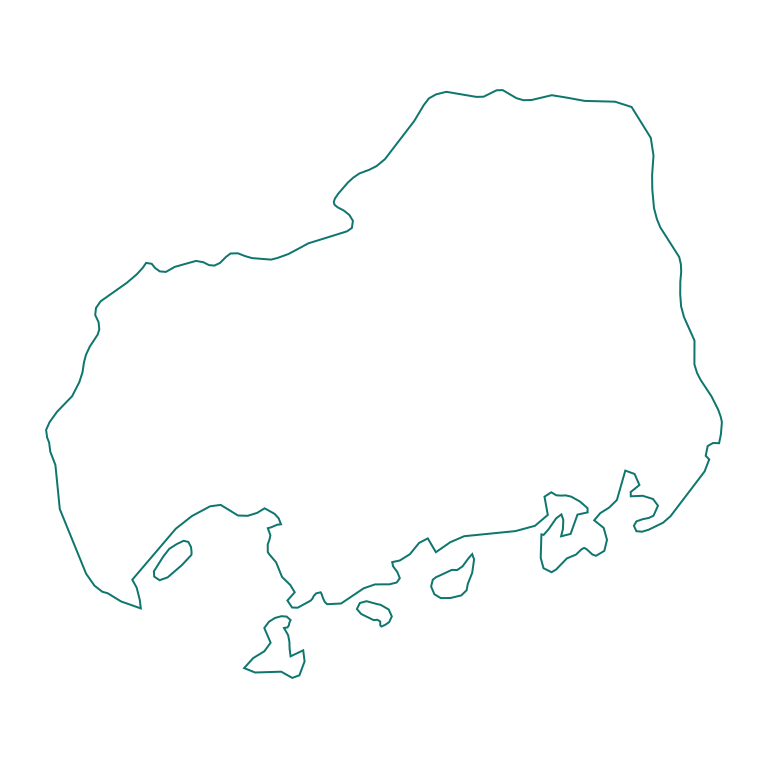 map outline of Hiroshima (orthographic projection)
{"feature_id": "JPN-1821", "entity_name": "Hiroshima", "entity_type": "Prefecture", "adm_level": 1, "iso_a3": "JPN", "parent_name": "Japan", "parent_adm1": "", "projection": "orthographic", "projection_center": [132.763, 34.576], "detail": "fine", "context": "isolated", "style": "outline", "palette": "teal", "viewbox_px": 768, "rotation_deg": 0, "n_neighbors": 0, "source": "natural_earth", "source_scale": "10m", "svg_char_len": 3688}
<svg xmlns="http://www.w3.org/2000/svg" viewBox="0 0 768 768"><path d="M719.1,443.2L713.0,443.0L707.7,446.0L705.7,455.8L709.2,459.4L704.6,471.4L670.6,516.1L663.1,522.7L648.7,529.7L642.1,531.7L636.4,531.2L633.9,525.8L636.4,521.4L642.3,519.3L648.9,517.9L653.5,515.7L658.0,505.7L653.0,499.0L642.7,495.8L630.8,496.3L630.7,492.0L639.4,485.0L634.6,474.0L625.3,470.6L616.9,500.0L609.1,507.6L600.3,513.1L594.2,520.3L603.7,527.9L607.0,539.8L604.3,550.9L596.0,555.8L592.4,554.5L586.4,549.0L584.1,547.9L581.5,549.3L576.0,554.6L566.9,558.4L556.1,569.5L551.6,572.2L543.5,568.2L540.7,557.9L541.4,534.4L543.6,534.9L548.6,529.2L556.2,518.3L561.4,514.4L563.3,519.9L562.9,529.1L561.1,536.3L570.6,533.9L577.5,514.6L587.6,512.4L587.5,508.1L579.9,501.5L571.1,496.6L565.7,495.4L561.0,495.6L556.3,495.3L551.3,492.3L544.5,496.7L547.8,514.9L535.0,525.8L515.4,531.1L464.2,536.2L450.3,542.2L435.9,552.2L427.8,538.4L419.1,542.9L409.9,554.2L399.8,560.5L392.2,562.1L393.1,566.3L397.3,572.0L399.8,578.2L396.7,582.5L389.5,584.3L375.0,584.4L363.7,588.3L341.1,603.5L327.1,604.2L324.8,602.0L322.9,597.9L321.6,594.0L320.6,592.3L316.1,593.4L313.8,595.9L312.4,598.7L310.7,600.6L297.7,607.7L292.1,607.5L287.4,600.5L294.7,592.3L290.3,585.0L282.0,576.9L276.1,562.3L269.5,554.6L267.8,552.1L267.7,544.5L269.4,539.8L270.4,535.3L267.8,528.2L271.2,527.3L277.2,524.7L281.0,524.3L278.6,518.2L274.5,513.8L264.6,508.3L257.1,512.9L247.7,515.8L238.0,515.5L220.7,504.9L210.1,506.3L192.0,516.0L175.8,528.7L132.3,579.7L136.7,587.7L139.8,600.0L140.8,608.4L137.1,607.1L121.2,601.5L107.6,593.2L102.4,591.8L94.5,585.7L86.1,573.7L59.8,509.1L55.4,465.0L50.3,451.7L49.1,442.5L47.1,437.4L46.1,429.9L49.6,422.1L57.1,411.7L72.1,396.2L79.3,382.2L82.5,372.3L84.0,362.2L86.0,354.7L89.8,346.6L97.6,334.7L99.3,329.4L98.6,322.2L95.2,315.0L96.0,308.0L100.6,301.3L126.7,282.9L136.8,274.3L142.9,267.6L146.1,262.9L151.7,263.8L155.2,268.1L159.8,271.4L165.9,271.9L174.7,266.9L196.0,260.9L203.5,262.3L209.0,265.1L214.3,265.6L219.9,263.0L225.9,257.0L230.5,253.5L237.9,253.3L244.8,256.0L252.0,258.1L271.1,259.6L277.4,258.0L288.5,254.0L308.4,243.3L347.1,231.3L351.9,227.9L352.9,220.8L349.4,215.0L343.6,210.4L337.6,207.3L334.5,204.7L333.8,201.9L335.0,198.4L338.5,193.4L347.9,182.5L353.3,177.6L359.5,173.4L369.2,169.8L376.5,166.1L385.0,159.1L414.2,121.0L423.9,104.9L428.9,98.4L436.0,94.4L446.3,91.8L476.4,96.9L483.6,96.7L496.6,90.3L502.7,90.1L516.5,98.2L523.5,100.2L531.5,100.0L551.8,95.2L566.6,97.6L584.7,100.9L615.0,101.7L631.6,107.0L650.8,137.9L653.5,155.5L652.1,175.2L652.3,189.6L654.0,208.1L656.9,219.1L660.3,227.4L679.2,257.0L680.9,264.4L681.2,272.0L680.3,281.8L680.2,294.1L681.1,306.4L684.0,317.1L694.5,340.6L694.4,364.4L697.1,373.1L700.8,380.2L711.5,396.4L718.2,409.7L720.8,417.0L721.9,422.1L720.9,434.3L719.1,443.1L719.1,443.2ZM292.3,677.9L281.2,671.7L255.1,672.5L244.1,668.1L253.2,658.1L264.4,651.2L270.6,642.7L264.3,628.0L269.0,621.7L275.1,617.9L281.5,616.2L286.7,616.6L290.6,620.1L289.4,622.6L288.9,625.3L287.5,627.4L284.0,628.0L288.1,635.1L289.4,641.8L289.6,648.7L290.6,656.3L303.2,650.3L304.6,661.4L299.4,675.3L292.3,677.9ZM468.7,558.0L472.2,554.1L474.1,559.4L472.2,572.8L467.8,583.9L466.6,590.3L461.3,595.4L450.4,598.0L440.8,598.1L434.4,594.3L431.1,586.5L432.8,579.7L436.4,576.9L437.9,576.4L451.8,569.9L457.2,570.0L462.5,566.4L468.7,558.0ZM188.3,541.9L191.0,547.0L191.6,552.3L191.4,554.9L182.0,565.0L167.6,577.4L159.6,580.2L154.2,576.6L153.9,571.3L163.3,556.5L169.2,548.9L176.7,544.1L183.6,540.8L188.3,541.9ZM380.8,604.9L388.7,609.5L391.8,616.4L389.2,622.1L385.1,624.9L381.5,626.5L380.3,625.5L380.2,621.5L377.4,619.8L373.6,620.1L361.2,614.0L356.9,609.0L359.9,603.0L366.5,601.2L376.1,603.8L380.8,604.9Z" fill="none" stroke="#0f766e" stroke-width="2"/></svg>